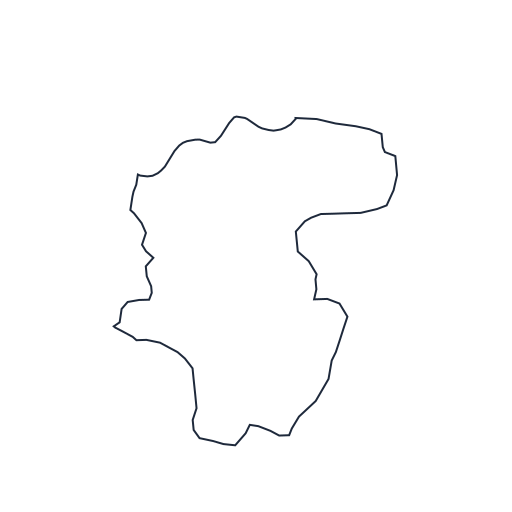 the district of Songchon, P'yŏngan-namdo, North Korea, rotated 131°
{"feature_id": "82179303B38365888495896", "entity_name": "Songchon", "entity_type": "district", "adm_level": 2, "iso_a3": "PRK", "parent_name": "North Korea", "parent_adm1": "P'yŏngan-namdo", "projection": "albers", "projection_center": [126.243, 39.3], "detail": "fine", "context": "isolated", "style": "outline", "palette": "slate", "viewbox_px": 512, "rotation_deg": 131, "n_neighbors": 0, "source": "geoboundaries", "source_scale": "gbopen_adm2", "svg_char_len": 1540}
<svg xmlns="http://www.w3.org/2000/svg" viewBox="0 0 512 512"><g transform="rotate(131 256 256)"><path d="M402.4,317.2L402.4,315.4L400.1,305.7L397.9,295.9L398.0,291.0L391.2,283.7L384.4,271.6L382.2,261.8L380.0,252.1L380.0,242.4L382.4,230.2L389.3,222.9L400.7,210.7L409.9,201.0L421.3,196.2L428.2,188.9L430.5,179.1L423.8,167.0L419.3,157.2L412.5,147.5L403.4,147.5L396.6,147.5L387.5,149.9L382.9,142.6L378.5,130.4L376.3,120.7L369.5,113.4L368.1,113.9L362.7,115.8L349.0,118.2L326.3,115.8L301.2,120.6L285.2,130.3L276.1,132.7L264.7,137.5L253.3,142.4L241.8,147.2L237.1,161.8L241.6,174.0L250.6,183.7L241.5,188.6L234.6,195.8L230.0,198.3L225.3,212.8L225.2,227.4L211.4,242.0L197.7,241.9L190.9,239.5L181.8,234.6L172.8,224.8L166.0,217.5L154.8,205.3L141.2,195.5L132.1,190.6L116.1,195.3L102.4,202.6L89.2,216.4L93.0,226.9L90.7,231.7L81.5,241.4L85.9,253.6L92.6,265.8L103.8,282.9L112.8,300.0L125.9,316.7L126.5,316.0L133.9,316.2L139.7,318.0L144.2,320.3L147.9,323.3L149.9,325.0L152.6,329.1L155.7,335.1L156.8,338.9L158.4,352.7L159.1,355.0L163.6,362.2L165.7,363.5L173.2,363.5L188.3,361.3L196.9,361.5L200.4,364.8L205.1,374.9L208.0,378.1L214.6,383.4L218.5,385.4L223.0,386.4L230.2,386.4L248.3,383.4L253.8,383.7L257.9,384.4L263.3,386.7L267.2,390.2L271.3,396.2L272.0,398.6L280.8,393.1L287.7,390.7L292.3,388.2L303.7,381.0L303.8,376.1L306.2,363.9L310.8,354.2L322.3,349.4L324.6,342.1L324.7,332.3L336.1,332.4L343.0,325.1L347.6,315.3L352.2,310.5L359.1,308.0L365.9,315.4L374.9,322.7L384.1,322.7L395.5,315.4L402.4,317.2Z" fill="none" stroke="#1e293b" stroke-width="2"/></g></svg>